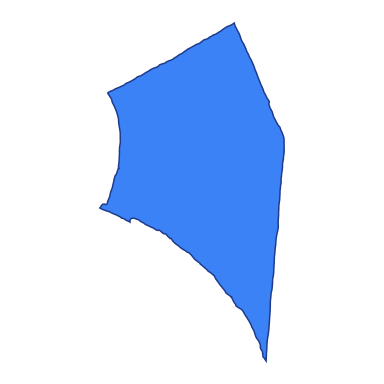 Rufisque, Dakar, Senegal (Robinson projection)
{"feature_id": "50182788B16861669195445", "entity_name": "Rufisque", "entity_type": "district", "adm_level": 2, "iso_a3": "SEN", "parent_name": "Senegal", "parent_adm1": "Dakar", "projection": "robinson", "projection_center": [-17.203, 14.737], "detail": "fine", "context": "isolated", "style": "filled", "palette": "blue", "viewbox_px": 384, "rotation_deg": 0, "n_neighbors": 0, "source": "geoboundaries", "source_scale": "gbopen_adm2", "svg_char_len": 4101}
<svg xmlns="http://www.w3.org/2000/svg" viewBox="0 0 384 384"><path d="M275.7,244.7L275.8,242.5L276.1,239.0L276.5,236.4L276.9,234.0L277.6,231.0L278.0,229.1L278.3,226.5L278.2,223.6L278.2,220.7L278.4,217.8L278.6,214.9L278.6,211.7L278.8,208.9L278.8,206.3L279.2,202.8L279.7,199.5L279.8,196.5L280.0,194.1L280.0,191.0L280.4,188.2L280.5,185.9L281.1,182.9L281.1,180.9L281.1,178.1L281.5,176.1L281.6,173.9L282.1,170.8L282.4,168.3L282.5,165.9L282.5,164.0L282.9,161.6L283.4,158.8L283.6,155.8L284.0,153.6L284.2,151.0L284.1,148.1L284.2,146.4L284.0,143.7L284.1,141.8L284.0,139.5L283.9,137.8L283.3,136.0L282.3,133.1L280.9,130.2L279.9,127.2L278.3,125.4L276.7,122.7L275.1,119.5L274.9,119.1L273.6,116.7L272.2,111.8L270.2,108.2L268.9,104.3L269.3,101.4L268.1,99.7L267.4,98.7L266.5,97.0L265.4,94.6L264.0,92.3L263.1,89.4L261.8,86.5L260.8,84.3L259.7,81.5L258.6,78.7L257.8,76.6L257.0,74.6L256.3,72.4L255.1,69.9L254.3,67.2L253.4,65.0L252.4,62.6L250.8,59.4L249.5,57.0L248.2,53.9L246.7,51.3L246.0,49.1L245.0,46.9L244.1,44.7L242.5,42.2L241.3,39.9L240.8,38.4L240.3,36.8L239.5,34.4L238.2,31.8L237.1,30.0L236.3,28.2L235.1,26.1L234.3,23.0L233.0,23.9L231.0,25.1L228.3,26.2L226.6,26.9L223.3,29.1L221.6,30.4L219.6,31.8L218.2,32.5L216.5,33.8L214.9,34.5L212.7,35.3L211.3,36.4L209.4,37.2L207.7,38.7L205.9,39.3L203.9,39.9L201.4,41.8L199.3,43.5L196.2,44.5L194.3,45.7L192.2,46.8L190.5,47.8L187.8,49.1L186.2,50.4L184.2,51.7L182.6,53.0L181.2,53.9L179.7,54.4L177.8,55.8L175.0,57.7L173.8,58.3L173.3,59.0L170.7,60.3L168.8,60.8L166.5,61.9L164.8,63.2L161.8,64.0L159.7,64.8L157.9,66.6L155.4,67.6L152.6,68.6L150.0,70.0L149.1,70.8L147.2,71.8L145.2,73.0L142.3,74.9L140.7,75.8L137.6,76.7L135.3,78.7L134.3,79.2L131.9,80.7L128.9,82.2L126.0,83.4L123.9,85.2L120.9,86.5L119.3,87.3L117.4,88.0L115.1,89.0L112.8,90.4L111.0,91.0L108.9,92.0L108.1,92.8L107.7,93.1L111.5,99.1L112.3,102.3L113.9,105.4L114.1,105.8L116.5,111.5L118.4,118.2L118.7,122.8L120.2,132.4L120.3,142.4L119.5,148.1L119.4,151.2L119.4,154.7L119.0,162.2L118.4,166.7L118.9,167.9L118.5,167.7L116.2,174.7L115.3,175.3L114.5,177.9L114.2,178.9L113.7,181.5L113.1,184.1L112.7,185.9L112.2,188.0L111.0,191.1L110.4,193.1L109.7,196.6L107.8,201.1L107.0,204.1L105.8,204.6L104.2,204.0L102.4,204.4L99.8,208.0L100.1,208.2L102.3,209.3L104.0,210.0L107.1,211.1L109.5,211.8L112.0,213.1L112.4,213.3L114.3,214.2L116.3,214.9L118.6,216.1L119.6,216.5L121.9,218.3L122.3,218.2L124.1,218.8L125.0,219.4L126.0,220.2L127.3,220.8L127.7,221.0L127.8,221.0L128.6,221.3L130.0,222.2L130.0,220.4L130.6,219.3L131.3,218.4L132.8,218.2L134.5,218.3L136.4,219.1L138.3,219.6L140.8,221.6L143.6,223.0L145.5,224.5L147.2,225.2L149.4,226.3L151.5,227.3L153.5,228.1L155.9,229.8L157.0,230.2L157.7,230.5L158.9,230.1L160.4,230.9L162.1,232.6L163.9,233.8L165.8,233.9L167.3,235.8L170.2,238.6L171.1,238.4L172.6,240.8L174.2,242.5L176.1,244.2L177.9,245.4L179.3,246.5L180.7,247.8L182.7,249.2L185.2,250.6L187.3,252.2L189.0,252.8L190.8,254.5L192.2,256.1L193.2,257.4L194.4,259.0L196.0,260.3L197.8,261.7L200.2,263.4L200.2,264.0L200.7,264.4L202.6,265.9L204.2,267.4L206.4,269.2L208.3,271.3L210.5,272.6L212.4,274.2L214.4,276.0L215.7,278.8L218.0,282.0L220.4,285.3L222.1,287.3L224.8,290.7L226.0,293.0L228.0,294.5L229.6,295.5L231.2,297.2L231.4,296.2L232.0,298.3L234.1,302.4L235.5,304.1L235.9,305.7L237.5,307.0L239.0,308.0L240.4,308.7L242.1,310.0L243.4,311.8L244.0,313.1L245.0,314.6L245.8,316.1L246.5,316.9L247.6,318.8L248.7,320.5L250.0,322.8L251.0,324.8L251.8,327.0L252.8,328.7L254.0,331.0L254.7,333.1L255.1,334.5L255.8,336.5L256.5,338.0L257.4,339.2L258.5,340.7L259.4,342.5L260.0,344.1L260.6,346.1L260.3,346.4L260.4,347.9L260.9,349.3L262.0,350.8L262.7,352.8L262.5,353.9L263.0,355.0L262.9,356.6L264.0,357.9L265.1,359.5L266.1,361.0L266.4,355.0L266.5,352.4L266.8,348.6L266.9,344.9L267.2,340.9L267.6,338.0L268.3,334.3L268.6,331.5L268.9,328.7L269.1,325.2L269.4,321.6L269.7,316.5L270.0,312.9L270.2,308.7L270.3,306.0L270.3,302.8L270.5,299.8L270.9,296.2L271.1,293.1L271.9,289.9L272.3,286.2L272.5,283.2L272.6,279.5L273.3,276.0L273.7,272.5L273.8,268.9L274.1,264.2L274.3,260.1L274.4,256.4L274.9,252.7L275.1,248.9L275.7,244.7Z" fill="#3b82f6" stroke="#1e3a8a" stroke-width="1.5"/></svg>